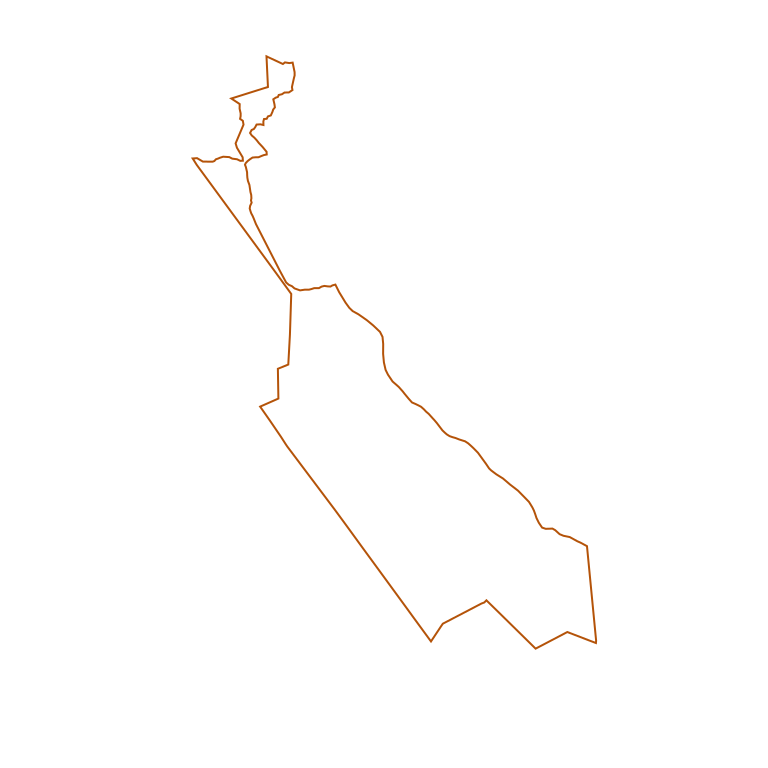 Teresina, Piauí, Brazil, rotated 144°
{"feature_id": "56859067B99238577868953", "entity_name": "Teresina", "entity_type": "district", "adm_level": 2, "iso_a3": "BRA", "parent_name": "Brazil", "parent_adm1": "Piauí", "projection": "equal_earth", "projection_center": [-42.807, -5.187], "detail": "fine", "context": "isolated", "style": "outline", "palette": "amber", "viewbox_px": 768, "rotation_deg": 144, "n_neighbors": 0, "source": "geoboundaries", "source_scale": "gbopen_adm2", "svg_char_len": 2932}
<svg xmlns="http://www.w3.org/2000/svg" viewBox="0 0 768 768"><g transform="rotate(144 384 384)"><path d="M318.3,140.2L320.0,143.1L323.7,151.0L328.0,155.7L330.2,159.3L331.4,165.1L332.7,168.0L334.5,169.2L338.3,171.8L340.5,174.9L340.3,180.8L339.4,186.0L338.2,189.7L337.1,193.5L336.5,197.0L336.0,203.4L336.4,206.2L337.5,213.7L338.3,219.0L341.1,228.5L343.3,237.7L344.6,240.9L346.2,244.9L347.4,248.8L348.1,251.1L348.6,253.9L348.5,256.6L348.4,259.4L348.4,269.3L348.4,273.2L349.4,279.9L350.0,283.0L350.8,286.6L352.1,290.0L353.6,292.0L355.8,295.0L357.9,298.3L359.8,300.7L361.6,303.3L362.8,306.3L363.4,308.9L364.0,312.2L364.1,316.9L364.2,321.5L364.5,325.4L364.8,327.9L365.4,333.6L366.2,336.9L366.6,340.1L367.4,343.8L368.8,346.6L370.3,349.4L372.2,352.6L372.7,357.6L373.1,363.9L373.2,367.0L373.8,373.0L375.6,381.0L375.3,389.2L374.4,394.5L371.4,401.5L367.0,408.9L361.1,416.9L357.5,423.0L356.6,428.5L358.3,437.7L360.4,445.8L363.7,455.4L366.5,461.4L367.3,466.0L367.3,472.4L366.3,484.7L364.9,493.0L367.8,494.1L370.0,494.3L372.1,496.0L374.6,498.4L377.3,499.5L380.3,499.8L384.2,502.6L387.0,503.5L389.2,504.4L392.5,506.8L396.9,509.1L400.2,513.9L401.0,517.3L402.7,520.2L403.5,523.6L401.7,536.9L393.6,588.6L392.1,594.5L391.5,597.2L391.1,600.1L390.4,602.4L389.5,604.9L387.6,606.8L384.5,608.5L383.7,610.7L382.1,612.2L380.3,615.0L379.2,617.8L377.9,620.3L375.9,624.1L374.7,628.3L373.3,631.2L372.0,633.3L370.3,635.8L369.2,638.4L368.2,640.8L367.6,643.1L366.0,644.0L363.3,644.5L360.4,644.6L357.3,644.5L354.8,643.0L352.2,641.2L349.2,640.5L346.6,639.8L344.0,638.6L342.5,640.9L342.7,643.8L342.9,647.1L343.2,649.5L343.6,652.6L343.7,655.9L344.1,659.5L344.9,662.8L344.8,665.8L341.8,667.3L339.4,666.8L337.2,667.5L334.6,668.8L331.3,666.7L329.3,664.4L327.3,667.3L325.3,668.9L323.0,667.5L320.6,668.7L317.7,667.8L314.2,669.8L312.3,671.2L309.7,671.9L308.2,674.7L306.2,679.4L303.3,679.3L301.1,678.6L299.3,679.7L296.2,678.4L293.2,678.3L289.6,675.8L285.3,675.6L284.0,678.3L277.2,684.3L274.9,686.2L273.0,688.9L269.0,697.7L272.0,699.3L275.1,702.4L277.7,702.3L286.5,718.1L293.2,707.9L303.3,692.5L336.4,703.6L339.7,704.7L336.2,695.3L339.0,691.6L340.9,687.2L342.6,684.9L344.6,683.1L343.5,679.9L345.2,676.4L362.6,665.9L364.1,661.6L365.1,650.5L366.9,647.6L369.1,649.0L370.8,652.2L374.3,655.5L375.8,658.5L380.5,662.4L383.8,663.5L385.7,663.9L387.9,664.6L390.2,664.1L392.0,664.6L399.8,670.4L402.5,676.6L406.2,678.9L406.7,671.3L406.3,582.5L406.1,538.1L406.1,511.4L428.0,483.2L429.8,480.9L431.2,479.1L450.0,456.0L460.9,458.7L478.0,434.3L479.9,434.7L497.5,438.5L497.8,422.0L498.4,401.7L498.9,393.1L499.0,390.4L498.0,329.3L497.7,311.0L497.6,291.6L497.6,288.6L497.6,283.6L497.6,279.6L497.6,272.0L497.6,263.1L497.5,233.9L497.5,231.0L497.4,190.6L497.4,177.2L497.3,148.1L480.4,154.4L477.3,155.5L434.2,149.1L431.3,148.3L428.3,148.8L424.1,123.9L416.9,80.8L409.6,79.7L381.5,75.6L368.8,56.0L364.8,49.9L363.3,51.6L315.1,133.5L318.3,140.2Z" fill="none" stroke="#b45309" stroke-width="2"/></g></svg>